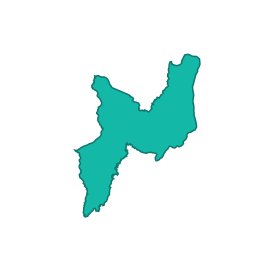 Nova Brasilândia, Mato Grosso, Brazil, rotated 304°
{"feature_id": "56859067B53248656443565", "entity_name": "Nova Brasilândia", "entity_type": "district", "adm_level": 2, "iso_a3": "BRA", "parent_name": "Brazil", "parent_adm1": "Mato Grosso", "projection": "albers", "projection_center": [-55.084, -14.745], "detail": "fine", "context": "isolated", "style": "filled", "palette": "teal", "viewbox_px": 256, "rotation_deg": 304, "n_neighbors": 0, "source": "geoboundaries", "source_scale": "gbopen_adm2", "svg_char_len": 5926}
<svg xmlns="http://www.w3.org/2000/svg" viewBox="0 0 256 256"><g transform="rotate(304 128 128)"><path d="M183.2,170.1L186.1,167.1L188.6,165.6L191.7,164.3L195.1,161.2L195.5,160.5L196.6,159.8L198.6,158.2L200.2,157.9L209.8,154.5L214.0,154.0L214.5,153.7L215.0,153.0L218.1,152.7L221.1,152.0L224.6,149.2L225.3,148.5L225.6,145.1L225.1,143.8L224.4,143.1L223.3,140.4L222.9,137.2L222.6,136.5L220.3,134.2L214.4,134.9L212.8,135.4L211.8,136.2L210.6,136.1L209.1,135.4L208.4,135.0L208.1,134.4L207.0,133.8L205.9,130.8L205.4,128.9L206.0,128.7L206.3,128.2L206.3,127.5L207.3,126.9L206.6,126.0L205.0,126.2L203.4,126.8L201.1,128.2L198.8,128.9L196.9,131.1L195.5,130.8L194.7,130.9L192.6,132.4L192.7,133.3L192.1,134.2L190.7,134.5L190.2,134.2L189.1,134.5L188.3,134.5L188.0,135.7L186.6,136.0L185.9,137.4L185.5,137.8L184.9,138.0L183.8,137.6L183.2,137.0L180.9,137.0L179.7,137.3L179.5,136.7L178.4,136.2L177.1,136.7L176.8,137.4L176.3,137.8L174.7,137.4L174.3,137.0L173.2,136.8L172.7,137.0L170.2,137.0L170.2,136.3L169.9,135.9L169.9,135.2L169.5,134.9L168.8,135.4L168.0,135.5L167.7,135.1L166.2,135.0L166.1,134.4L165.6,134.6L164.8,134.5L163.2,134.8L162.5,134.7L161.9,134.2L161.6,135.8L160.8,134.9L159.1,135.2L158.6,135.7L157.8,135.9L157.5,136.3L157.5,136.9L153.3,136.4L152.5,135.1L152.8,134.5L152.3,132.0L151.8,132.3L151.0,131.9L151.4,131.4L151.0,131.0L150.9,130.1L150.4,129.5L149.2,128.6L149.4,127.9L148.9,126.8L149.3,126.5L150.6,126.4L150.7,125.6L151.5,125.2L153.4,124.9L154.5,123.0L154.4,121.8L153.7,119.8L152.9,118.3L153.3,117.8L153.2,116.5L155.5,116.0L155.7,115.3L155.7,113.6L155.3,112.2L156.0,111.7L155.8,109.4L152.5,92.2L153.4,90.3L153.9,88.4L155.0,87.3L155.3,86.7L156.5,85.0L157.1,83.6L157.3,81.8L157.1,80.1L156.5,78.8L155.8,78.5L155.4,77.9L155.5,77.0L155.0,76.4L154.9,74.2L153.8,73.0L153.0,72.7L152.7,72.0L152.6,71.3L152.1,71.8L151.1,72.2L151.1,72.8L150.5,72.5L149.6,72.6L148.8,73.1L148.1,73.0L147.6,74.1L146.8,74.2L146.2,74.1L145.9,74.6L145.4,74.3L144.4,74.5L143.5,74.2L142.7,74.3L142.5,74.8L141.4,75.5L141.6,76.3L141.1,76.4L140.9,77.0L141.1,77.7L141.0,79.5L141.2,81.5L140.6,82.8L139.2,84.2L137.8,84.2L137.3,84.7L136.9,86.0L136.8,88.3L136.2,88.8L134.5,91.7L132.9,93.0L132.2,93.0L131.4,92.7L130.7,92.8L128.6,91.8L127.4,92.8L126.2,92.7L124.8,93.5L123.4,93.5L122.8,93.7L122.5,94.1L122.4,95.8L121.9,96.6L121.2,97.0L119.3,97.5L117.9,98.3L117.5,98.7L116.6,100.2L116.0,101.8L115.2,102.5L114.4,105.2L113.6,105.7L113.3,106.2L113.7,106.8L113.8,107.4L113.2,107.8L109.8,108.0L109.0,108.2L107.6,109.5L106.5,109.7L104.5,109.5L100.2,107.9L97.3,107.6L95.3,106.5L93.4,104.9L91.2,103.8L87.6,101.1L80.8,98.2L79.9,96.4L79.6,97.3L79.5,98.0L79.8,99.3L79.5,99.9L79.6,100.5L80.0,100.9L80.1,101.5L79.5,102.3L78.2,102.9L77.3,104.5L77.1,105.2L76.6,105.7L75.1,105.7L74.7,105.4L74.0,105.6L73.1,106.6L72.4,108.0L70.8,108.7L70.3,108.4L68.8,109.0L67.2,110.7L67.2,111.6L65.8,113.4L65.2,113.4L64.7,113.8L64.0,114.1L62.7,113.6L62.0,113.8L60.9,114.8L60.3,115.5L60.2,116.2L59.7,116.7L60.0,117.4L59.0,120.8L58.6,121.5L57.1,121.8L57.2,122.3L56.9,123.0L56.9,123.7L56.4,123.8L56.2,124.5L55.5,124.6L55.2,125.8L55.3,126.5L54.8,127.7L54.0,127.8L53.7,128.3L53.8,128.8L53.0,129.6L50.9,130.5L51.0,131.1L50.7,131.5L50.3,131.6L49.5,131.2L45.6,132.2L44.4,133.0L44.0,133.9L43.5,133.6L41.7,134.4L41.4,134.0L41.1,134.6L40.3,135.0L39.4,134.7L38.4,135.8L37.5,135.7L35.0,137.3L33.8,137.8L32.6,138.5L32.0,139.5L31.9,141.0L31.1,141.2L30.7,140.7L30.4,141.3L30.4,142.4L31.3,142.9L32.3,143.9L33.9,143.8L34.3,143.3L35.1,144.1L37.3,144.3L40.1,145.1L41.2,144.8L42.5,145.1L43.0,146.0L41.2,148.1L41.9,148.5L42.3,150.1L43.0,150.4L43.5,149.8L44.1,149.6L44.7,149.8L45.7,149.0L46.9,147.6L47.5,148.1L48.0,148.8L49.0,147.8L50.2,149.4L49.6,150.7L50.6,151.2L51.2,151.2L51.6,150.5L53.9,150.5L55.2,151.1L57.9,150.5L59.8,149.6L61.5,149.9L62.8,149.7L63.4,149.1L67.5,146.9L69.0,146.9L69.1,145.3L69.7,145.1L72.8,145.2L73.4,144.5L74.4,144.3L74.9,143.7L75.7,144.1L76.6,143.8L77.9,144.5L78.0,143.2L78.9,142.9L78.0,142.1L78.5,141.7L79.9,141.3L80.6,141.4L80.6,142.7L81.2,142.7L81.6,142.2L82.6,143.6L83.1,144.0L83.5,144.8L83.0,145.4L84.2,145.6L85.2,144.8L85.3,143.2L85.8,142.6L87.0,142.4L87.7,141.6L86.9,141.5L86.6,140.9L86.8,139.9L87.4,139.9L88.2,139.6L88.7,140.2L89.2,139.7L89.9,139.7L89.6,140.5L89.7,141.3L90.2,140.9L90.5,140.4L90.9,140.7L91.5,140.7L91.8,140.1L91.6,139.6L91.8,138.9L92.9,139.7L93.5,139.6L93.9,140.2L93.5,140.8L94.0,141.2L95.3,140.5L96.6,140.3L97.3,140.5L97.9,139.6L99.6,140.9L100.1,141.1L100.9,140.9L101.3,141.6L102.0,141.5L103.5,142.5L103.9,141.9L104.3,142.4L104.8,142.0L107.0,142.0L107.1,141.2L107.9,141.1L108.1,139.9L107.7,139.2L107.8,138.7L108.2,138.3L108.5,139.5L109.2,139.8L109.1,138.9L110.2,137.1L111.5,137.1L112.0,136.4L112.9,136.1L113.4,135.5L114.3,135.3L114.9,135.7L114.0,136.2L113.7,136.6L113.9,137.5L114.3,138.2L115.6,138.0L116.1,139.5L115.6,139.8L116.0,140.2L116.1,140.9L115.5,141.9L114.8,142.1L115.5,143.3L115.1,143.6L114.9,144.2L114.9,145.0L115.5,145.2L115.4,146.6L115.0,148.0L115.5,149.0L115.7,149.9L115.8,150.7L115.3,151.2L116.0,153.8L116.3,154.4L116.3,155.1L116.7,155.7L117.2,157.2L118.9,158.3L119.7,159.2L119.8,159.7L120.6,160.3L120.9,160.9L121.0,162.2L121.4,162.6L122.6,165.0L122.6,165.6L122.1,166.8L118.4,167.3L118.0,167.9L117.2,168.4L116.8,169.0L116.6,169.5L116.9,170.1L117.2,170.5L119.5,171.7L120.9,171.7L121.6,171.9L122.0,172.6L123.1,172.7L123.7,172.5L125.1,172.7L125.7,172.2L128.2,172.0L128.9,172.2L130.8,172.1L132.6,172.7L134.0,172.5L135.5,172.5L136.2,172.8L136.8,173.9L136.9,174.9L136.7,175.8L136.8,176.4L137.6,177.9L138.6,178.4L140.5,178.5L140.8,179.0L140.9,180.7L141.4,181.2L143.0,182.2L144.7,182.7L146.1,182.7L146.6,182.0L147.5,181.6L148.1,181.5L151.0,182.2L153.1,181.9L154.0,181.7L154.9,180.7L156.5,180.5L157.3,180.6L158.4,181.1L159.4,182.3L162.7,183.8L164.0,184.7L165.2,184.5L166.8,184.4L168.0,183.7L169.8,182.1L174.0,177.6L175.1,175.9L175.8,175.5L176.5,174.8L177.1,174.6L177.7,174.2L178.8,173.1L180.6,172.0L183.2,170.1Z" fill="#14b8a6" stroke="#0f766e" stroke-width="1.5"/></g></svg>